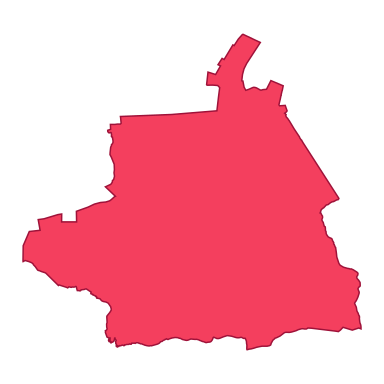 outline of Racsa, Satu Mare, Romania
{"feature_id": "2599482B8839717617259", "entity_name": "Racsa", "entity_type": "district", "adm_level": 2, "iso_a3": "ROU", "parent_name": "Romania", "parent_adm1": "Satu Mare", "projection": "robinson", "projection_center": [23.336, 47.815], "detail": "fine", "context": "isolated", "style": "filled", "palette": "rose", "viewbox_px": 384, "rotation_deg": 0, "n_neighbors": 0, "source": "geoboundaries", "source_scale": "gbopen_adm2", "svg_char_len": 6011}
<svg xmlns="http://www.w3.org/2000/svg" viewBox="0 0 384 384"><path d="M247.0,349.7L247.8,349.6L248.7,349.2L251.1,348.9L253.8,348.2L256.5,347.3L259.3,346.7L262.1,346.2L267.1,346.2L269.4,345.7L270.5,345.1L270.8,344.8L271.1,343.5L272.6,340.7L273.2,339.9L274.6,338.8L274.8,338.3L276.6,337.7L280.1,336.0L284.4,332.7L285.2,332.4L286.3,332.3L289.4,332.4L291.7,332.0L296.1,330.7L298.2,329.7L301.4,328.8L302.9,328.7L304.5,329.0L306.0,329.0L306.6,328.9L307.9,328.0L311.3,328.2L335.3,331.1L338.4,331.6L340.5,330.0L343.0,327.3L352.3,330.1L358.8,328.0L361.0,328.9L361.0,327.1L360.8,325.3L360.5,324.2L360.1,323.4L359.8,322.2L359.4,318.6L359.5,317.1L359.4,316.1L358.8,315.3L358.1,313.1L357.2,311.6L356.8,310.4L356.7,309.6L356.3,307.2L355.2,304.8L354.6,303.3L354.8,302.7L356.1,300.9L357.2,298.7L358.0,296.8L359.1,293.3L359.2,292.1L358.0,289.1L358.0,288.6L358.7,287.3L360.0,286.3L360.2,285.6L360.1,282.7L359.7,281.8L358.4,279.9L357.2,278.7L356.9,277.9L356.7,277.1L356.8,276.5L357.4,275.7L357.8,275.0L358.0,273.6L357.8,273.0L356.9,272.1L353.3,269.8L351.3,268.9L350.0,269.0L348.9,268.5L348.1,268.5L347.3,268.3L343.5,267.2L340.4,265.4L339.9,264.9L338.9,263.4L336.8,257.0L336.4,253.0L335.6,247.4L335.1,246.9L334.2,244.5L333.7,244.0L333.7,242.5L332.6,240.8L332.5,240.3L331.9,238.8L331.4,238.4L329.7,237.7L328.2,236.9L327.0,235.2L326.2,233.7L326.0,231.4L325.5,230.7L325.4,229.4L325.4,228.4L325.3,227.6L325.3,227.2L325.1,226.7L324.3,226.3L323.6,224.0L323.3,222.6L322.1,220.6L321.9,219.7L322.1,218.9L322.4,218.2L322.6,217.5L322.5,216.1L321.8,215.1L321.3,214.0L320.7,213.1L320.1,212.9L320.7,212.1L320.6,211.5L321.3,209.6L323.2,208.0L323.6,207.9L326.4,204.9L327.9,204.7L330.5,202.7L332.1,201.8L332.9,201.8L333.2,201.5L333.8,201.5L337.2,199.6L337.6,199.6L337.9,199.8L338.6,199.1L338.9,198.4L302.9,142.5L301.5,140.0L301.2,140.0L299.8,137.9L299.4,136.8L294.2,129.0L289.3,120.8L288.3,119.5L288.1,119.0L287.5,118.4L287.3,118.0L286.5,117.3L286.1,116.6L286.0,116.0L285.7,115.6L286.1,114.6L285.5,114.2L285.4,113.7L284.7,113.2L286.4,111.9L287.1,110.9L285.2,105.4L279.6,105.8L278.9,104.8L280.3,99.0L280.9,95.9L281.2,95.5L281.2,95.3L281.1,95.0L282.0,91.1L282.3,90.3L283.2,85.8L270.9,80.6L266.5,89.3L263.0,89.6L261.0,90.2L260.1,89.9L256.5,87.9L254.9,87.4L253.7,87.3L252.6,87.6L249.1,89.2L245.8,90.3L244.1,87.2L242.9,81.0L242.0,81.0L241.8,80.6L242.5,74.5L244.0,68.8L246.7,63.4L260.3,42.5L243.0,34.3L242.3,34.6L238.3,39.1L234.1,45.6L232.9,44.9L224.1,59.5L222.1,58.4L218.0,64.7L220.5,65.9L215.6,74.5L208.0,72.1L206.6,84.7L207.1,85.2L212.6,85.1L217.7,85.5L219.7,87.6L218.6,96.1L216.9,110.8L171.6,114.5L120.4,116.5L120.6,117.6L121.1,123.0L121.0,123.5L120.4,124.0L120.0,124.1L117.3,124.1L115.0,124.4L110.4,124.4L110.6,129.3L107.7,130.3L107.8,131.6L108.5,132.6L109.1,132.9L110.9,132.5L111.4,133.0L111.3,134.0L111.7,135.0L111.3,136.0L111.7,136.9L112.4,137.1L113.0,140.8L113.0,142.5L112.2,144.0L111.5,144.6L111.4,145.8L110.7,147.1L110.1,152.5L110.0,154.7L111.3,157.1L114.2,164.3L114.4,169.8L114.0,172.8L114.5,176.2L113.7,179.4L112.4,180.7L112.3,182.2L110.8,184.3L105.4,186.8L115.4,196.3L114.5,196.7L111.3,199.6L109.7,200.8L105.8,202.0L100.4,202.5L94.4,204.1L88.1,207.1L76.4,211.3L76.6,221.9L61.6,221.9L61.7,214.0L57.9,214.6L44.0,218.8L38.2,219.6L40.1,230.3L29.3,231.5L23.2,245.7L23.0,261.2L23.1,261.6L25.1,260.5L28.9,261.6L31.6,262.7L33.1,263.9L33.4,264.7L35.3,266.7L37.6,270.0L38.2,270.4L39.5,270.7L41.3,271.5L45.3,272.8L46.0,273.3L58.4,285.5L58.9,285.0L59.2,285.0L66.4,287.3L67.7,287.9L69.0,286.8L70.9,287.3L71.6,287.3L72.2,287.0L73.8,287.1L74.6,287.0L75.9,286.4L76.2,286.6L76.5,287.4L76.7,288.6L77.3,290.6L78.6,290.6L80.1,290.9L80.8,290.5L81.0,290.0L81.2,289.8L84.1,289.5L85.4,289.0L86.3,288.9L91.1,292.1L90.8,293.3L91.0,293.8L92.4,294.2L92.6,294.3L92.4,294.5L92.5,294.7L95.9,296.1L96.1,296.3L95.9,296.5L96.5,296.8L96.8,297.2L96.5,297.7L96.7,298.1L99.9,298.7L101.3,300.4L101.9,300.9L103.3,301.5L105.9,302.0L107.8,302.9L108.4,303.4L110.7,306.8L110.9,307.9L111.2,308.6L111.2,310.2L109.7,312.6L107.1,315.8L106.9,316.2L106.8,316.9L107.1,322.5L106.6,324.0L106.7,327.0L107.1,328.8L106.8,329.6L106.4,330.0L106.1,330.4L105.4,330.7L105.6,331.2L105.4,331.8L105.4,332.5L107.0,337.0L107.3,337.3L108.2,337.6L108.7,338.1L109.1,338.2L109.9,337.8L110.2,338.1L110.0,338.6L109.1,339.5L108.8,339.4L108.7,339.5L108.5,340.3L109.0,341.5L109.4,341.6L109.6,341.4L109.8,340.4L110.0,340.1L110.0,341.7L110.1,341.9L110.3,341.9L110.7,341.4L110.9,341.5L111.0,342.1L110.5,342.4L110.9,342.9L111.1,342.9L111.9,342.3L112.7,342.1L113.3,341.6L114.1,340.7L114.5,339.1L114.6,338.1L114.8,338.0L115.1,338.1L115.1,339.3L116.0,340.0L116.2,340.4L116.1,340.7L115.6,341.4L115.6,341.7L115.8,342.7L115.8,343.6L116.4,344.3L116.2,345.2L117.2,345.6L116.4,346.5L116.5,346.6L117.0,346.7L117.4,347.0L117.6,347.0L118.0,346.5L118.9,346.4L119.0,345.9L119.5,345.6L120.7,345.8L121.7,345.3L122.4,345.1L123.0,345.2L123.9,345.7L124.4,345.5L124.5,345.0L124.7,344.8L125.5,344.9L126.4,344.5L128.8,344.4L129.5,343.9L130.4,344.2L131.2,344.2L131.4,344.1L131.6,343.3L131.7,343.2L133.8,343.2L134.3,343.1L135.2,343.4L136.4,342.7L138.3,342.8L139.0,343.3L139.5,343.3L140.5,343.8L141.8,343.9L143.3,344.6L143.9,344.7L144.6,345.1L147.0,345.7L149.2,346.0L150.3,345.7L151.5,345.8L156.8,344.3L158.0,343.9L159.4,343.1L160.6,341.7L162.1,341.4L163.1,340.5L164.8,339.8L165.2,339.3L165.8,339.3L166.6,338.8L167.3,339.3L168.0,339.5L169.5,338.8L172.0,338.0L175.0,337.5L177.1,337.6L178.2,337.8L179.1,338.2L180.4,338.4L182.5,339.5L186.3,340.4L187.9,340.2L190.8,339.0L195.0,339.4L196.5,339.3L198.6,339.8L199.7,340.4L200.9,340.8L202.4,341.5L203.6,341.7L205.9,342.6L206.3,342.6L208.0,342.2L209.5,342.1L210.6,341.8L211.3,341.2L212.2,340.0L212.8,338.7L213.2,337.5L213.4,337.3L214.0,337.3L216.8,338.5L218.2,338.6L219.7,338.3L223.4,336.8L226.9,335.7L227.5,335.6L231.6,336.2L236.2,337.6L237.9,337.8L239.4,337.7L241.0,337.3L241.9,337.5L243.1,338.2L243.7,338.4L244.1,338.5L244.9,338.2L245.2,338.3L245.8,339.5L246.3,341.0L246.5,342.0L246.5,343.1L246.9,345.1L246.8,348.5L246.9,349.5L247.0,349.7Z" fill="#f43f5e" stroke="#9f1239" stroke-width="1.5"/></svg>